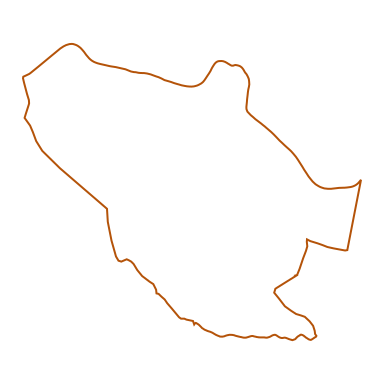 Beauchamp, Micoud, Saint Lucia (Robinson projection)
{"feature_id": "8701671B84813542366979", "entity_name": "Beauchamp", "entity_type": "district", "adm_level": 2, "iso_a3": "LCA", "parent_name": "Saint Lucia", "parent_adm1": "Micoud", "projection": "robinson", "projection_center": [-60.914, 13.818], "detail": "fine", "context": "isolated", "style": "outline", "palette": "amber", "viewbox_px": 384, "rotation_deg": 0, "n_neighbors": 0, "source": "geoboundaries", "source_scale": "gbopen_adm2", "svg_char_len": 5944}
<svg xmlns="http://www.w3.org/2000/svg" viewBox="0 0 384 384"><path d="M194.2,324.5L194.7,323.8L194.9,323.5L195.1,323.3L195.3,323.1L195.7,322.9L196.3,323.1L196.7,323.4L197.3,323.7L197.9,324.1L198.3,324.4L198.5,324.5L199.1,325.0L199.9,325.8L200.2,326.1L200.5,326.4L201.3,327.2L201.5,327.4L201.7,327.7L202.0,328.0L202.8,328.5L203.3,328.8L203.8,329.2L204.3,329.5L204.9,329.8L205.2,330.0L206.1,330.3L206.9,330.7L207.3,330.8L207.6,331.0L208.3,331.2L209.2,331.5L210.3,331.8L211.4,332.3L211.9,332.5L212.1,332.6L212.5,332.8L213.5,333.4L214.0,333.7L214.6,334.1L214.8,334.2L215.0,334.3L215.4,334.5L215.6,334.6L215.8,334.8L216.3,335.0L216.6,335.1L216.9,335.3L217.2,335.4L217.6,335.6L217.9,335.7L218.7,336.0L219.0,336.1L219.4,336.3L219.8,336.5L220.1,336.5L220.4,336.6L221.0,336.6L221.4,336.6L221.8,336.7L222.2,336.7L222.5,336.6L222.8,336.6L223.1,336.5L223.8,336.4L224.2,336.3L224.5,336.2L224.8,336.1L225.4,335.8L225.8,335.7L226.1,335.6L226.7,335.4L227.9,335.1L228.2,335.1L228.5,335.0L229.6,334.8L230.0,334.8L231.7,334.9L232.2,334.9L233.4,335.1L234.0,335.2L234.5,335.4L235.7,335.8L236.1,335.9L236.3,336.0L236.8,336.1L237.3,336.2L237.7,336.3L237.9,336.4L238.2,336.4L238.4,336.5L239.8,336.8L240.1,336.9L240.5,337.0L240.8,337.0L241.3,337.1L241.7,337.2L242.0,337.3L242.4,337.4L243.0,337.5L243.5,337.6L243.9,337.7L245.6,337.7L245.9,337.6L246.3,337.6L246.8,337.4L247.3,337.3L247.6,337.2L248.3,337.0L248.6,336.9L248.9,336.8L249.4,336.6L249.7,336.6L250.1,336.4L251.1,336.1L251.3,336.1L251.8,336.0L252.7,336.0L253.5,336.2L253.8,336.3L254.1,336.4L254.7,336.5L255.1,336.6L255.5,336.7L256.0,336.8L256.4,336.9L256.7,337.0L257.3,337.1L258.3,337.2L258.6,337.3L259.4,337.3L259.8,337.4L260.8,337.4L261.2,337.4L262.2,337.4L262.6,337.4L262.9,337.4L263.7,337.4L264.0,337.4L264.4,337.4L264.7,337.5L265.0,337.5L266.1,337.7L266.5,337.7L266.8,337.7L267.3,337.6L268.7,337.2L269.0,337.1L269.6,336.9L269.9,336.8L270.6,336.4L271.2,336.1L271.5,335.9L271.8,335.7L272.3,335.5L272.5,335.4L272.9,335.2L273.3,335.1L273.7,335.0L274.0,334.9L274.3,334.8L275.2,334.9L275.5,334.9L275.9,335.1L276.5,335.4L277.5,336.1L278.1,336.5L278.9,337.0L279.8,337.5L280.2,337.6L280.5,337.7L280.8,337.8L281.0,337.9L281.7,338.0L282.4,338.0L283.1,337.9L283.6,337.8L284.1,337.7L284.4,337.7L284.8,337.7L285.1,337.7L285.5,337.8L285.9,337.9L286.3,338.0L287.0,338.3L288.3,338.8L288.6,339.0L289.3,339.2L289.7,339.3L289.9,339.4L290.2,339.5L290.5,339.6L290.8,339.7L291.1,339.7L291.4,339.8L291.8,340.0L292.0,340.0L292.3,340.1L292.6,340.1L293.2,339.9L293.7,339.7L294.0,339.6L295.1,339.2L295.4,339.0L295.9,338.4L296.1,338.1L296.4,337.9L296.7,337.5L297.0,337.3L297.2,337.0L297.5,336.8L298.0,336.4L298.5,336.0L298.8,335.9L299.5,335.5L299.8,335.4L300.0,335.2L300.2,334.9L300.5,334.8L300.8,334.7L301.3,334.7L301.6,334.8L301.9,334.9L302.4,335.0L302.7,335.2L303.0,335.3L303.3,335.5L303.7,335.7L303.9,335.9L304.2,336.1L304.4,336.4L304.7,336.5L304.9,336.7L305.2,336.9L306.1,337.7L306.4,337.8L307.0,338.2L307.9,338.8L308.5,339.2L309.1,339.5L309.5,339.6L309.9,339.7L310.2,339.8L310.5,339.9L310.8,339.9L311.1,339.8L311.5,339.6L312.0,339.3L312.5,339.0L313.1,338.6L314.1,337.9L314.5,337.6L315.2,337.2L315.6,337.0L315.9,336.8L316.1,336.5L316.4,335.9L315.1,334.0L314.7,330.8L313.1,325.8L309.6,321.3L304.8,316.8L300.8,315.4L296.1,314.0L291.3,310.9L284.9,306.3L279.0,298.6L274.2,292.7L275.4,288.7L296.5,275.5L296.1,275.3L297.1,275.0L299.6,268.8L303.1,258.4L306.0,250.8L307.3,246.3L306.8,241.8L307.0,239.4L310.3,241.1L317.5,243.3L322.6,245.1L327.4,247.0L333.7,248.4L345.1,250.5L347.3,250.1L361.0,179.8L359.8,181.3L359.0,182.2L358.7,182.6L357.6,183.7L356.0,184.9L354.6,185.7L352.7,186.5L350.8,187.0L347.0,187.5L344.7,187.7L341.3,187.8L338.9,187.9L336.4,188.2L333.7,188.5L331.1,188.8L328.0,188.8L326.1,188.6L324.3,188.4L321.8,187.6L320.2,187.0L318.5,186.1L316.4,184.8L315.5,184.2L314.1,182.9L312.6,181.5L311.3,179.9L310.1,178.4L308.6,176.5L306.4,173.1L304.2,169.8L302.6,167.1L300.0,163.0L297.9,159.7L295.9,156.8L293.5,153.9L291.1,151.2L289.3,149.5L286.7,147.2L284.5,145.2L282.0,142.8L279.6,140.6L276.7,137.5L273.7,134.4L271.3,132.1L266.4,127.9L264.7,126.4L262.9,125.0L261.1,123.5L257.4,120.7L255.4,119.2L253.2,117.2L250.8,115.2L248.6,112.9L247.4,111.6L246.5,109.2L246.4,107.9L246.4,106.8L246.6,104.8L246.9,102.0L247.1,99.3L247.6,95.1L247.9,92.3L248.3,89.5L248.9,86.9L249.3,84.4L249.1,81.2L248.8,79.0L248.2,77.5L247.3,75.6L246.3,73.9L245.4,72.9L244.6,71.7L243.8,70.2L243.1,69.1L241.9,67.6L240.4,66.4L238.8,65.7L237.3,65.3L235.6,65.0L234.4,65.2L233.4,65.6L232.5,65.7L231.5,65.6L230.3,65.0L229.4,64.4L228.3,63.8L227.1,63.0L225.1,61.9L223.1,61.2L221.4,61.0L219.2,61.1L218.5,61.2L217.4,61.5L217.1,61.7L216.0,62.4L215.1,63.3L214.5,64.0L213.9,64.9L212.8,66.6L211.8,68.3L210.5,71.0L208.9,73.6L207.6,75.5L205.9,78.1L204.4,80.3L203.0,82.0L201.3,83.4L198.6,84.9L197.2,85.5L195.5,86.0L193.8,86.4L191.5,86.6L189.0,86.5L186.9,86.3L184.6,85.9L181.6,85.3L179.3,84.6L176.8,83.9L174.1,83.1L171.1,82.0L168.4,81.2L164.5,80.1L161.5,78.5L158.6,77.2L156.1,76.4L153.1,75.3L150.7,74.4L147.1,73.5L144.3,73.1L140.7,73.0L138.5,72.8L135.7,72.2L133.9,72.1L131.0,71.5L125.5,69.3L115.8,67.1L111.8,66.5L110.0,66.2L108.2,65.8L106.1,65.3L103.4,64.7L100.3,64.0L97.6,63.3L95.4,62.5L93.8,61.8L91.8,60.6L90.4,59.5L89.1,58.3L88.0,57.0L86.2,54.9L83.9,51.7L82.0,49.5L80.5,47.9L78.3,46.2L76.6,45.2L74.7,44.5L73.0,44.0L71.7,43.9L69.4,44.1L66.1,45.1L63.5,46.4L60.3,48.5L56.3,51.8L51.8,55.5L47.1,59.4L38.4,66.6L30.9,72.7L29.3,73.9L27.0,75.0L25.1,75.9L23.3,76.7L23.2,77.2L23.0,78.3L24.2,83.3L27.0,93.9L28.9,100.1L29.1,103.4L28.7,104.9L25.8,113.9L24.6,117.9L30.1,125.6L32.9,132.2L36.2,141.1L42.3,150.9L59.9,168.2L107.0,208.8L107.8,221.9L111.5,240.6L116.0,256.5L118.5,260.7L121.3,261.6L126.7,259.3L128.7,260.2L131.2,261.6L133.6,264.0L137.3,270.1L142.2,276.1L149.6,281.7L153.3,284.1L156.1,289.7L156.5,293.4L158.6,293.9L161.5,296.7L164.7,299.5L167.2,303.2L172.1,308.9L179.1,317.3L181.1,318.7L184.4,318.7L186.4,319.6L193.0,321.0L194.2,324.5Z" fill="none" stroke="#b45309" stroke-width="2"/></svg>